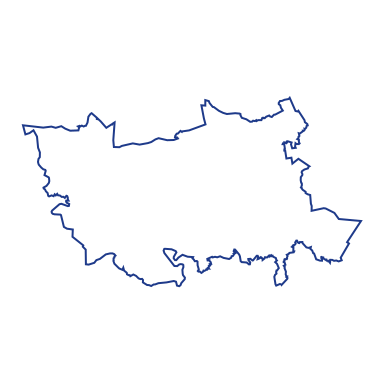 the district of Tamazunchale, San Luis Potosí, Mexico
{"feature_id": "50627088B74317762178215", "entity_name": "Tamazunchale", "entity_type": "district", "adm_level": 2, "iso_a3": "MEX", "parent_name": "Mexico", "parent_adm1": "San Luis Potosí", "projection": "albers", "projection_center": [-98.765, 21.244], "detail": "fine", "context": "isolated", "style": "outline", "palette": "blue", "viewbox_px": 384, "rotation_deg": 0, "n_neighbors": 0, "source": "geoboundaries", "source_scale": "gbopen_adm2", "svg_char_len": 6030}
<svg xmlns="http://www.w3.org/2000/svg" viewBox="0 0 384 384"><path d="M147.1,285.0L149.0,285.1L151.2,286.0L153.6,284.5L155.2,284.4L158.4,283.2L166.5,282.4L173.8,281.0L176.0,281.7L177.0,285.6L179.2,286.2L180.5,285.2L181.3,283.1L184.7,279.2L184.9,277.6L183.0,275.1L182.7,273.7L182.4,269.8L183.4,267.1L183.3,265.0L182.7,264.4L180.7,264.1L179.3,264.4L177.2,266.1L174.4,266.0L164.4,253.1L163.6,250.6L164.3,248.9L165.0,248.8L171.6,249.3L175.7,251.1L176.4,252.3L173.8,256.8L173.7,258.3L175.0,260.1L176.3,260.1L178.4,257.6L182.5,254.8L187.6,256.7L193.1,257.1L192.5,258.4L193.7,259.4L194.8,261.2L196.8,261.0L197.5,261.6L197.6,265.3L198.8,269.4L197.8,271.0L198.4,271.6L199.7,271.5L201.4,272.9L202.9,271.9L203.5,270.6L204.3,270.9L205.9,270.1L206.4,269.2L207.2,269.6L208.0,268.6L208.8,268.6L208.0,267.8L208.8,267.3L208.8,266.0L209.7,265.9L210.3,265.2L210.0,264.7L210.7,264.3L210.0,263.9L211.0,263.3L210.6,262.0L209.4,260.8L209.4,260.2L207.6,260.4L207.3,258.9L212.1,256.8L212.7,257.4L215.0,256.8L217.2,257.3L220.1,256.3L223.6,257.9L229.1,259.0L231.2,257.7L231.6,256.2L233.0,255.9L234.6,253.4L235.4,253.2L235.2,252.5L234.6,252.6L235.0,252.2L233.7,251.1L234.3,249.5L235.1,249.6L239.2,254.6L239.9,256.3L240.7,261.2L241.7,262.1L246.7,262.5L249.0,264.4L249.9,264.3L250.2,262.4L248.4,260.0L248.3,259.0L250.4,258.8L252.5,260.5L253.0,260.4L256.7,255.8L257.7,255.8L258.2,256.7L257.6,259.2L258.9,258.7L260.8,257.1L261.4,257.5L261.2,258.0L262.5,258.5L262.6,260.0L264.5,258.5L265.0,257.2L267.0,257.5L268.9,255.7L269.3,256.5L270.2,255.5L270.9,256.2L271.4,255.5L271.7,256.0L272.6,255.7L273.0,256.6L275.9,258.1L276.3,259.9L276.9,260.5L275.2,262.1L277.0,263.8L278.8,268.1L277.0,270.5L276.5,270.5L276.1,272.0L276.5,273.6L275.1,274.8L274.3,276.8L275.5,284.3L276.2,285.6L279.9,284.0L281.3,284.5L281.4,283.9L281.7,284.8L287.3,278.8L287.5,278.0L286.3,277.0L287.0,276.3L286.4,276.1L285.7,274.4L285.9,271.6L284.5,268.0L284.8,266.9L283.8,265.8L285.4,264.8L284.5,262.1L283.7,262.1L283.7,261.4L284.6,260.5L284.4,259.4L284.8,259.1L286.8,259.1L287.1,258.6L286.9,257.7L287.6,256.0L286.8,254.8L288.8,253.8L289.4,252.9L293.7,252.3L294.2,251.3L293.3,251.1L293.4,247.7L292.2,247.0L293.2,246.5L293.4,246.2L292.6,246.0L293.2,245.2L295.0,244.6L295.5,243.9L295.7,243.3L295.2,242.4L296.3,240.6L297.0,240.6L297.9,242.4L298.7,243.0L299.3,243.1L299.8,242.1L302.4,242.0L302.6,243.2L306.4,247.4L308.7,247.9L310.8,247.1L310.4,248.9L312.2,250.5L313.2,253.2L314.1,253.5L316.2,259.3L319.9,260.6L322.0,260.7L322.1,259.1L321.3,258.1L321.3,257.0L321.7,256.9L322.5,257.6L323.3,257.5L323.5,258.4L324.7,259.4L326.2,259.5L326.1,260.2L326.8,260.7L327.8,260.6L328.2,261.4L329.0,261.4L330.0,262.8L330.2,261.8L329.6,260.7L330.1,259.8L332.3,259.9L334.0,260.8L336.3,260.5L338.7,261.4L341.7,260.3L340.7,257.7L349.0,243.5L347.1,242.2L361.0,221.0L338.8,219.0L334.4,212.9L325.7,208.5L323.7,208.2L311.6,210.8L311.7,206.0L310.9,203.7L310.2,195.0L307.7,194.3L305.6,193.1L305.6,191.8L302.7,189.8L301.1,187.6L301.6,187.4L301.4,186.4L301.9,185.2L301.8,183.3L301.2,182.8L300.7,180.2L300.8,177.2L302.3,175.1L302.4,174.1L301.6,172.2L302.1,171.1L304.4,169.5L307.9,168.4L308.5,166.8L309.4,166.3L298.4,158.8L292.4,163.6L291.4,157.7L286.4,158.5L285.2,150.7L284.3,150.6L284.4,149.1L284.9,148.8L284.2,144.1L282.7,144.1L283.0,143.3L284.4,143.0L284.4,142.4L285.8,143.0L286.4,142.0L286.8,142.7L287.8,141.3L291.6,142.5L291.0,144.4L292.2,148.3L295.7,147.8L295.1,146.5L295.5,143.2L296.5,144.0L298.8,144.1L299.6,143.4L298.9,142.2L298.9,139.8L297.3,139.1L298.6,137.8L298.5,136.8L299.4,135.9L298.8,133.3L299.7,133.6L303.0,131.2L302.9,130.7L303.8,130.8L304.6,129.9L304.5,128.9L304.9,129.1L306.2,127.7L306.7,125.7L307.7,125.4L307.3,124.0L304.9,122.2L304.5,120.2L298.4,110.8L297.8,111.5L295.5,111.0L289.7,97.8L288.7,99.0L284.4,99.8L282.0,100.9L280.0,101.0L278.7,103.0L278.8,104.2L280.3,105.3L280.9,107.7L282.8,110.6L275.2,114.6L274.0,114.7L271.8,117.0L270.0,116.4L269.2,115.5L266.2,116.7L264.8,118.1L263.5,117.8L263.5,118.2L262.2,118.1L261.4,120.1L258.2,120.1L256.6,121.0L256.2,120.2L255.0,121.1L253.1,120.7L252.2,121.6L250.2,121.8L246.4,119.3L241.8,117.8L240.4,115.1L240.5,114.1L239.7,113.6L235.2,113.2L226.9,114.0L223.2,112.9L218.9,110.8L213.9,107.1L212.7,106.9L209.6,103.1L208.8,101.1L205.3,100.1L205.3,105.6L201.4,105.3L203.9,118.4L205.5,124.4L189.1,130.4L182.2,131.4L181.9,131.9L180.5,130.9L177.8,133.6L176.7,133.7L175.3,135.7L175.0,137.2L177.2,137.5L177.9,138.5L173.7,140.0L167.2,140.2L158.6,138.2L155.4,139.4L151.3,142.0L147.9,143.1L139.6,144.6L132.8,143.4L121.9,145.9L119.4,147.2L113.9,147.0L113.3,140.2L114.6,122.4L112.4,123.8L112.2,124.5L111.4,124.5L106.3,127.8L100.7,121.4L97.5,118.4L97.2,119.1L96.8,119.0L96.8,117.7L91.6,113.2L90.5,113.9L88.4,116.7L87.5,122.6L85.9,125.8L85.0,125.8L83.7,126.5L81.8,125.6L80.5,126.4L79.7,125.8L78.0,126.4L79.2,127.4L78.4,130.4L70.2,130.7L65.3,128.7L61.3,126.2L55.7,127.8L51.4,126.6L43.2,127.6L23.0,125.3L25.4,134.4L29.5,133.1L33.5,130.3L37.0,136.6L38.1,147.8L39.9,152.4L39.8,157.2L38.5,158.9L38.0,161.9L38.4,163.6L38.8,164.7L41.3,167.6L43.3,169.3L45.3,169.9L45.7,170.8L44.5,175.1L48.6,177.3L49.0,178.0L49.3,181.1L48.8,183.0L46.5,185.9L43.5,187.6L43.7,188.5L45.0,189.4L45.9,191.3L47.6,193.0L48.2,195.8L49.1,196.4L51.6,195.4L53.6,196.2L54.7,194.3L55.8,195.4L57.2,193.9L58.0,195.3L59.9,195.5L61.7,196.9L63.4,196.8L64.8,197.9L66.4,195.8L67.2,196.1L67.8,197.7L67.8,199.4L68.5,200.6L66.2,200.7L66.1,201.6L66.7,202.7L69.2,204.0L68.9,205.9L67.8,206.1L61.4,203.8L59.5,204.2L52.2,210.5L51.6,211.5L51.8,212.8L52.7,213.8L54.5,214.3L60.3,214.6L61.0,215.1L63.9,226.9L67.0,228.7L72.8,229.5L72.5,236.8L83.3,245.4L82.8,246.7L85.7,249.6L85.9,264.3L88.7,264.6L94.3,262.8L96.4,260.1L99.9,258.9L105.8,254.4L110.1,253.4L112.5,253.4L114.2,254.1L115.5,255.6L114.4,256.5L114.4,257.6L113.6,258.2L113.5,259.2L113.7,260.5L113.4,260.9L114.4,263.7L118.1,267.4L119.3,268.5L122.4,269.8L123.3,267.7L124.1,270.6L126.7,272.7L127.0,274.3L128.5,275.1L129.7,275.1L130.3,276.2L133.3,274.5L136.1,275.9L138.6,278.4L140.4,279.1L142.1,278.9L143.0,280.0L142.9,282.4L147.1,285.0Z" fill="none" stroke="#1e3a8a" stroke-width="2"/></svg>